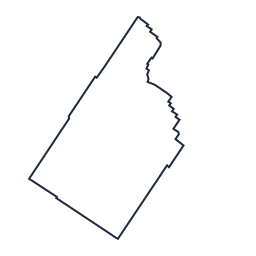 Sevier, Utah, United States of America, rotated 124°
{"feature_id": "52423323B46966183656729", "entity_name": "Sevier", "entity_type": "district", "adm_level": 2, "iso_a3": "USA", "parent_name": "United States of America", "parent_adm1": "Utah", "projection": "orthographic", "projection_center": [-112.118, 38.774], "detail": "fine", "context": "isolated", "style": "outline", "palette": "slate", "viewbox_px": 256, "rotation_deg": 124, "n_neighbors": 0, "source": "geoboundaries", "source_scale": "gbopen_adm2", "svg_char_len": 732}
<svg xmlns="http://www.w3.org/2000/svg" viewBox="0 0 256 256"><g transform="rotate(124 128 128)"><path d="M151.4,183.7L153.0,182.1L225.4,181.6L224.9,148.3L226.2,148.3L225.7,77.3L225.5,74.4L145.2,74.7L137.1,74.7L137.6,72.1L111.4,72.2L110.7,82.4L104.7,82.4L103.2,83.9L103.3,89.9L92.3,89.9L92.3,94.8L89.4,94.8L89.6,100.8L86.6,100.8L86.3,106.5L83.6,106.3L83.6,109.3L77.8,109.3L77.2,114.9L77.2,130.0L78.8,137.6L75.8,138.4L72.8,142.1L68.5,142.9L68.5,145.9L64.1,146.6L64.1,148.0L56.6,147.9L56.6,146.5L42.0,147.0L39.0,148.5L37.5,154.5L36.0,154.5L35.9,163.5L33.0,163.5L33.0,169.5L31.0,169.2L30.6,178.8L29.8,179.8L30.5,182.0L80.8,181.8L93.6,181.8L103.8,182.1L103.8,183.9L151.4,183.7Z" fill="none" stroke="#1e293b" stroke-width="2"/></g></svg>